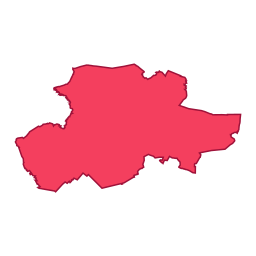 Berkelland, Gelderland, Netherlands (Equal Earth projection)
{"feature_id": "6326949B96669019426650", "entity_name": "Berkelland", "entity_type": "district", "adm_level": 2, "iso_a3": "NLD", "parent_name": "Netherlands", "parent_adm1": "Gelderland", "projection": "equal_earth", "projection_center": [6.555, 52.102], "detail": "fine", "context": "isolated", "style": "filled", "palette": "rose", "viewbox_px": 256, "rotation_deg": 0, "n_neighbors": 0, "source": "geoboundaries", "source_scale": "gbopen_adm2", "svg_char_len": 5560}
<svg xmlns="http://www.w3.org/2000/svg" viewBox="0 0 256 256"><path d="M168.3,70.7L166.3,73.7L165.4,76.1L162.0,72.3L159.7,71.6L159.3,71.4L159.3,71.2L159.1,71.3L159.3,71.7L158.4,72.4L157.3,72.1L156.9,72.3L156.3,72.1L155.9,72.4L156.8,72.9L156.6,73.5L156.3,74.1L156.4,74.4L155.8,74.8L155.8,75.1L154.9,75.4L153.7,75.3L150.9,77.8L149.9,78.4L149.4,78.5L149.4,78.4L148.9,78.6L147.8,79.4L146.0,77.8L144.8,78.3L144.4,77.9L143.6,77.1L143.3,77.0L143.3,76.7L142.0,74.7L142.3,74.6L142.0,74.3L142.2,73.5L142.4,73.5L142.8,73.0L142.8,72.9L144.0,72.2L144.1,71.6L139.4,67.8L137.7,66.3L136.6,65.8L136.2,65.8L136.1,65.5L135.2,64.8L134.6,64.7L134.9,64.6L134.2,64.2L124.3,66.3L112.2,68.3L96.5,66.2L92.9,65.9L91.6,65.6L88.8,65.3L88.7,65.2L86.5,65.1L80.5,66.6L75.2,68.4L73.4,68.4L72.9,68.2L72.8,69.2L73.4,70.2L73.5,70.8L74.1,71.3L74.1,71.5L74.0,72.2L73.7,72.6L73.5,73.7L73.1,74.1L73.3,74.4L72.9,74.6L72.5,75.7L71.9,76.8L71.8,77.4L71.5,77.9L71.4,77.8L70.0,81.0L69.5,81.8L68.4,82.8L67.5,84.1L65.7,84.3L64.5,85.0L60.3,86.3L60.2,86.4L59.7,86.7L59.3,86.5L58.3,86.6L57.9,86.8L57.0,86.8L56.6,87.4L55.5,87.3L54.9,87.7L54.3,87.7L54.1,88.1L53.5,88.1L54.7,88.6L53.9,88.9L54.1,89.5L54.3,89.2L54.8,89.2L55.0,89.6L55.9,89.7L55.7,90.1L55.8,90.2L56.4,90.0L56.7,90.1L56.8,90.3L56.7,90.5L56.2,90.6L56.7,90.9L56.8,91.5L56.7,91.9L57.3,91.6L57.5,92.1L57.8,92.4L58.0,92.3L57.9,91.7L58.4,91.7L58.9,92.3L58.9,92.6L59.3,92.6L59.4,93.6L59.1,94.1L59.4,94.0L59.8,94.3L59.8,94.5L59.3,94.6L59.9,95.2L60.0,95.2L60.2,94.6L60.3,94.6L60.6,94.6L60.6,95.1L61.0,95.3L61.8,95.0L61.5,94.6L60.8,94.4L61.0,94.0L61.3,94.2L61.9,94.3L61.8,94.6L62.9,94.7L62.9,94.9L62.7,95.2L63.3,95.5L63.5,95.5L63.6,95.2L64.3,95.5L65.9,95.7L66.1,96.3L66.1,96.9L66.7,97.2L65.9,97.6L66.5,98.3L67.0,98.6L66.8,98.7L67.0,98.9L67.5,99.0L67.3,99.3L67.5,99.9L68.0,100.1L68.2,99.8L68.4,99.8L69.4,100.6L69.5,101.1L69.9,101.4L69.9,101.5L69.4,101.8L70.1,101.9L70.4,102.2L70.4,102.5L70.1,103.0L70.0,103.7L69.2,104.0L69.8,105.0L70.3,105.4L70.2,107.5L70.3,108.0L71.3,108.5L72.2,108.6L72.6,109.2L72.7,110.3L72.1,111.2L71.5,111.7L71.5,112.3L71.2,113.0L72.0,113.2L71.9,113.3L72.2,113.4L71.3,113.8L70.8,113.9L70.6,114.2L70.4,115.2L70.0,115.7L69.7,116.7L69.1,116.5L67.8,118.0L67.9,118.6L67.5,119.2L66.7,119.2L66.7,119.7L66.0,120.2L66.4,120.6L65.7,121.1L66.4,121.6L66.6,122.0L66.2,123.1L66.4,124.5L65.7,124.9L65.8,124.9L65.5,125.4L65.1,125.5L64.7,126.8L64.4,127.0L64.4,128.1L64.6,128.1L64.2,128.6L63.8,128.5L63.2,128.8L62.2,128.3L60.7,127.7L60.4,127.5L60.8,127.3L60.4,126.7L60.9,126.0L59.0,125.8L59.5,125.1L59.2,124.6L57.4,124.1L56.8,124.0L54.6,125.0L54.3,124.8L53.5,126.0L52.7,123.9L49.6,122.9L49.0,123.4L48.0,123.7L47.7,123.7L47.5,123.4L45.9,124.0L43.1,124.3L42.5,125.2L40.6,126.3L39.9,126.7L38.5,126.2L29.8,131.7L29.4,132.1L29.2,132.6L26.9,135.4L26.8,135.7L23.4,138.4L22.9,137.8L22.3,137.4L18.3,138.1L18.1,138.0L17.9,138.2L16.8,138.6L16.2,139.3L16.5,140.0L15.4,141.9L16.1,143.2L16.1,143.4L16.8,144.4L16.8,145.6L18.1,146.2L19.2,147.4L18.8,147.6L21.8,156.3L21.7,156.2L23.3,158.6L23.5,162.4L23.8,162.5L23.4,163.4L23.3,164.3L24.4,167.4L24.9,168.4L25.2,168.2L26.4,169.7L26.5,169.6L26.9,170.0L27.0,170.3L26.7,170.5L27.7,171.4L29.5,170.6L31.1,172.7L29.8,173.3L30.3,174.6L32.0,174.0L32.9,175.6L35.4,176.0L34.3,177.6L36.1,178.1L35.8,178.8L36.9,180.6L35.3,180.4L35.4,180.5L37.2,184.1L37.6,183.8L40.0,186.6L38.6,187.1L38.9,187.5L38.1,187.7L39.1,188.3L54.6,191.0L55.6,191.8L62.5,184.3L63.4,183.5L63.5,183.5L65.1,182.0L67.2,183.3L69.2,181.3L70.0,182.6L71.3,181.3L71.2,181.1L72.0,180.3L71.7,179.9L72.3,179.4L73.1,179.7L74.0,178.2L77.3,179.8L83.0,173.1L86.9,176.1L88.4,174.6L102.0,188.2L121.0,183.6L121.4,184.2L122.5,184.0L122.4,183.3L124.1,182.8L132.0,178.1L133.2,177.4L134.0,177.2L133.8,177.0L134.1,176.9L134.3,176.1L134.0,175.8L134.5,175.4L134.4,175.2L137.8,174.3L137.6,173.9L137.4,173.7L137.7,173.3L138.0,173.3L137.6,171.6L138.1,170.8L138.6,170.3L139.4,169.3L140.9,168.7L141.1,168.4L142.1,168.4L142.4,167.9L143.7,167.2L142.9,164.2L144.2,160.4L144.0,156.7L148.4,154.4L150.0,155.1L153.6,156.3L154.9,157.8L155.2,157.9L159.6,157.2L163.3,157.3L162.3,160.1L160.3,159.9L159.9,160.3L160.2,160.7L159.9,160.9L161.6,162.6L162.7,163.0L163.0,163.4L164.4,160.2L167.2,160.5L169.5,156.4L172.2,157.9L173.0,157.9L175.3,158.3L177.1,158.3L177.7,159.5L178.1,159.8L178.6,160.7L179.6,161.3L180.1,162.5L180.2,165.1L178.9,166.8L178.9,167.3L181.3,168.5L182.0,168.3L184.1,168.9L184.0,169.0L184.9,169.2L185.6,169.5L187.0,169.7L189.5,170.7L192.8,172.7L195.3,173.0L195.4,166.7L194.5,166.6L194.6,166.1L194.5,164.2L194.9,163.6L196.3,163.5L199.8,157.4L200.2,157.3L200.8,154.9L200.6,154.2L200.0,153.9L199.4,153.0L200.3,152.7L211.5,150.5L225.0,149.2L230.3,144.7L232.6,143.4L234.6,141.0L234.7,140.6L234.2,139.0L231.2,137.0L231.0,136.1L230.7,135.6L231.0,135.4L230.6,134.6L231.2,134.6L231.9,133.6L233.3,133.2L234.2,132.5L236.1,132.4L237.2,133.2L237.3,132.9L237.5,132.3L238.0,131.6L237.5,131.4L238.1,130.8L238.8,129.7L239.1,126.0L239.3,125.0L239.5,124.0L239.8,123.2L240.0,121.8L240.1,119.0L240.6,114.4L227.5,114.5L227.5,114.9L226.4,114.9L222.0,114.7L212.9,114.8L211.5,114.0L209.9,113.7L204.7,111.6L201.4,110.6L188.8,108.7L179.2,105.4L182.6,100.9L183.2,99.9L185.6,98.2L186.4,96.7L186.7,95.5L186.3,91.1L184.8,89.4L185.7,89.4L186.3,88.1L185.9,87.9L185.8,87.5L185.5,87.4L185.7,86.6L186.0,86.3L185.8,86.2L186.1,85.9L185.4,85.3L184.3,85.2L184.2,84.7L184.5,84.9L184.8,84.8L184.8,84.5L185.0,84.1L185.7,83.4L186.6,83.1L186.4,82.8L186.2,82.0L185.9,81.8L186.5,80.9L186.1,80.7L185.9,81.0L185.7,80.8L186.1,79.3L184.8,77.4L180.8,76.4L181.2,76.1L180.6,75.7L168.3,70.7Z" fill="#f43f5e" stroke="#9f1239" stroke-width="1.5"/></svg>